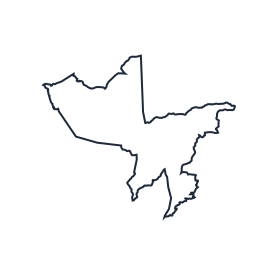 Caetité, Bahia, Brazil, rotated 109°
{"feature_id": "56859067B25942812879091", "entity_name": "Caetité", "entity_type": "district", "adm_level": 2, "iso_a3": "BRA", "parent_name": "Brazil", "parent_adm1": "Bahia", "projection": "orthographic", "projection_center": [-42.469, -13.986], "detail": "fine", "context": "isolated", "style": "outline", "palette": "slate", "viewbox_px": 256, "rotation_deg": 109, "n_neighbors": 0, "source": "geoboundaries", "source_scale": "gbopen_adm2", "svg_char_len": 5705}
<svg xmlns="http://www.w3.org/2000/svg" viewBox="0 0 256 256"><g transform="rotate(109 128 128)"><path d="M128.4,209.5L129.5,208.0L129.8,207.2L130.7,207.0L131.6,206.1L132.1,205.3L132.8,205.4L132.8,204.6L133.6,204.6L134.2,203.9L133.8,203.0L133.7,201.9L133.1,201.0L132.5,200.3L134.9,198.7L149.2,179.6L153.1,174.3L151.9,152.3L146.8,128.8L147.7,128.5L148.6,127.9L149.3,127.2L150.1,126.0L149.8,125.1L149.7,124.0L149.7,122.8L150.1,122.0L150.0,120.8L149.4,120.1L149.0,119.2L149.5,118.2L150.3,117.7L152.4,115.4L152.3,114.7L151.6,113.2L150.5,111.2L155.3,109.4L165.0,108.2L168.1,107.7L168.3,107.0L169.1,106.5L170.1,106.7L171.3,107.1L172.3,107.6L173.1,108.3L174.4,108.6L175.0,108.8L175.9,109.5L176.8,109.6L177.8,110.0L178.5,110.4L179.2,110.7L180.0,110.9L180.6,110.5L181.7,109.1L182.6,107.4L183.3,107.1L184.4,105.6L184.6,105.0L185.2,104.4L186.5,104.3L187.3,103.8L188.1,102.5L188.6,102.0L189.2,101.6L191.9,101.5L192.5,101.4L195.1,100.0L194.6,99.2L194.2,98.8L193.3,98.7L192.7,98.4L192.1,97.9L191.3,97.5L190.4,96.8L187.9,98.4L187.0,98.6L186.5,98.3L185.6,98.0L183.8,98.5L182.6,98.0L181.7,97.6L180.9,96.6L180.2,96.1L179.6,95.4L179.1,95.0L178.5,94.2L177.5,94.0L176.9,93.4L176.7,92.8L176.7,91.9L176.1,91.1L175.7,90.5L175.2,88.3L174.6,87.3L173.7,86.9L173.0,87.0L172.3,86.9L170.9,86.9L170.3,87.0L169.7,87.6L169.0,87.4L168.9,86.2L168.2,85.0L167.5,84.2L166.2,83.3L164.5,83.0L163.0,81.7L162.0,81.5L161.2,81.9L160.5,81.7L159.5,81.3L156.8,80.8L155.6,80.4L155.0,79.9L159.8,77.2L161.5,75.1L170.8,70.7L180.3,64.4L191.2,62.9L198.8,64.6L200.6,64.5L199.8,64.1L199.3,63.4L198.5,61.2L196.5,59.8L196.8,58.7L196.5,57.8L196.0,57.6L195.0,57.9L194.0,57.7L193.6,57.0L192.2,56.6L191.4,56.5L189.2,55.5L188.4,55.7L188.8,56.5L188.8,57.3L187.9,57.5L187.0,57.5L186.4,57.3L185.1,56.3L184.6,55.9L184.2,55.1L183.7,54.6L183.1,54.4L182.4,54.4L181.9,55.1L181.2,54.7L180.7,52.1L179.7,51.7L178.8,50.7L178.0,49.3L176.9,49.5L176.5,50.1L176.0,50.8L175.5,49.9L175.4,47.8L174.7,47.1L174.5,45.5L174.0,44.6L172.6,43.8L172.7,42.9L171.9,42.3L171.5,43.1L171.8,43.7L171.5,44.3L170.5,44.2L169.7,44.3L169.5,44.9L169.8,46.0L170.4,47.5L169.6,47.2L168.6,47.2L168.0,45.4L167.5,44.4L163.2,43.9L162.3,43.4L161.7,42.9L161.2,42.6L160.8,43.4L160.5,44.3L159.8,45.2L158.7,44.7L157.1,44.8L155.6,44.5L155.0,44.8L155.5,46.2L155.6,47.0L155.1,47.6L154.4,47.6L153.2,48.2L152.5,48.5L150.6,48.4L150.5,49.3L151.5,53.8L151.6,54.7L152.4,56.0L151.1,57.4L150.9,58.3L151.3,60.2L151.7,61.1L151.8,61.8L152.1,62.4L153.2,63.1L151.4,63.2L149.9,63.6L148.9,64.1L147.4,64.3L146.4,64.4L145.1,64.0L144.5,63.5L143.3,61.6L142.7,60.8L141.8,60.0L141.0,58.6L139.5,58.1L138.8,57.4L138.0,57.3L135.9,57.9L134.7,57.9L130.5,56.7L129.8,56.5L128.9,56.7L127.3,58.0L126.6,58.8L125.3,59.5L124.7,59.6L124.0,59.3L122.8,58.6L120.9,59.4L120.2,59.3L119.0,58.5L118.0,58.5L116.7,59.1L116.0,59.1L115.3,58.9L114.5,58.2L113.5,57.8L112.8,57.8L112.3,58.1L111.6,58.5L111.7,57.4L112.3,56.6L112.7,55.6L112.6,54.8L112.3,54.2L111.5,53.8L110.5,53.6L109.9,52.9L109.2,53.0L108.5,53.5L107.4,53.8L106.4,51.7L106.0,51.2L105.8,50.7L105.4,49.5L105.1,48.7L104.8,47.9L104.4,45.3L104.3,43.7L103.5,41.9L103.0,41.3L101.8,42.5L101.2,42.9L100.6,44.4L99.9,44.6L99.0,44.1L97.5,43.0L96.9,42.8L96.2,43.2L94.7,43.8L91.3,44.6L90.8,47.0L90.3,47.5L89.4,47.7L88.6,47.6L86.9,48.0L86.2,48.3L85.5,48.4L84.5,48.4L83.8,48.3L83.0,48.1L81.2,46.7L81.0,45.9L80.8,45.0L80.3,44.0L79.1,42.8L78.7,41.9L78.7,40.9L78.8,40.1L78.6,39.3L77.8,37.8L77.4,35.9L77.1,35.0L76.4,34.2L75.6,33.9L74.7,34.0L72.8,33.9L72.4,34.5L72.4,35.3L73.3,37.0L72.5,38.5L72.1,39.0L72.4,39.9L72.0,41.0L72.0,42.1L71.8,43.0L72.3,44.0L72.9,44.4L73.9,45.6L74.1,46.3L74.7,47.2L74.8,48.2L75.8,49.7L75.9,50.9L76.2,51.8L76.3,52.6L78.1,55.6L78.2,56.4L78.6,57.0L78.8,57.7L78.7,58.4L79.2,59.1L79.4,60.1L80.7,61.4L81.4,62.0L81.8,62.8L82.6,63.0L83.4,63.6L83.9,64.4L84.5,64.5L84.9,65.1L85.2,66.5L85.7,67.3L86.0,68.1L86.1,68.9L86.0,69.9L86.3,70.8L87.6,72.9L88.2,73.4L88.7,74.1L90.3,74.5L91.4,75.6L92.4,76.2L92.9,76.6L93.6,76.8L94.3,77.4L95.0,77.8L95.7,77.7L96.8,78.1L97.0,79.4L97.0,80.2L97.1,81.2L97.5,82.1L98.1,84.1L99.7,87.3L99.9,88.0L99.9,88.7L99.5,89.2L99.4,89.9L100.3,91.0L100.6,91.6L100.8,92.7L100.9,93.4L101.1,94.1L101.6,94.5L102.4,94.6L103.3,95.0L103.9,95.6L105.6,96.6L106.1,97.8L106.5,98.3L107.2,98.9L107.5,99.4L107.6,100.3L108.0,101.0L108.3,103.1L108.3,104.2L108.6,104.9L110.0,106.2L111.1,106.8L111.9,107.0L114.1,108.4L114.9,108.5L115.9,109.3L116.4,110.2L116.1,111.1L116.7,112.0L117.3,112.7L117.6,113.3L107.9,119.0L56.1,139.1L55.4,139.4L57.6,142.7L58.7,145.3L58.9,146.4L59.3,147.5L60.0,148.3L60.7,149.1L61.4,149.4L62.5,149.4L63.4,149.8L64.5,150.1L65.1,150.8L65.6,151.5L66.8,151.8L67.5,152.3L69.3,152.4L70.0,153.0L70.6,153.3L71.0,153.9L71.9,154.0L74.2,153.8L74.8,153.0L75.5,151.8L76.5,150.6L77.2,149.5L77.5,148.5L79.4,155.0L82.1,157.0L90.5,161.3L92.7,161.9L93.5,162.0L95.0,162.0L95.8,161.7L96.8,162.0L97.9,162.2L98.4,162.7L97.8,163.6L97.7,164.4L98.5,168.1L98.9,169.0L99.1,170.2L100.3,172.1L101.3,173.1L101.8,173.9L102.7,175.5L102.8,176.3L102.6,177.1L102.6,177.8L102.4,179.3L102.0,180.2L101.6,182.0L101.6,183.6L101.2,184.3L100.4,185.0L99.5,185.5L99.0,186.1L99.0,187.0L98.8,187.7L99.4,188.6L99.3,189.3L100.1,189.8L100.3,191.2L100.0,191.8L99.3,191.5L98.6,192.1L97.9,192.1L97.9,193.0L96.9,194.2L96.4,194.9L96.5,195.7L96.4,196.6L95.8,196.9L95.0,196.7L94.4,197.0L105.7,206.0L109.3,210.5L110.3,211.2L110.6,212.0L110.5,212.8L110.9,213.3L111.8,213.8L112.7,213.8L113.1,214.7L112.6,215.0L112.2,215.9L112.7,217.9L112.8,219.4L113.3,220.7L113.8,221.3L115.0,222.1L115.2,220.5L116.8,219.1L116.9,218.0L117.2,216.3L117.8,215.8L118.7,216.1L120.2,215.0L122.2,214.0L122.6,213.5L122.9,212.8L123.8,212.8L124.3,212.1L125.1,211.9L125.8,211.3L126.6,210.9L127.0,210.4L128.4,209.5Z" fill="none" stroke="#1e293b" stroke-width="2"/></g></svg>